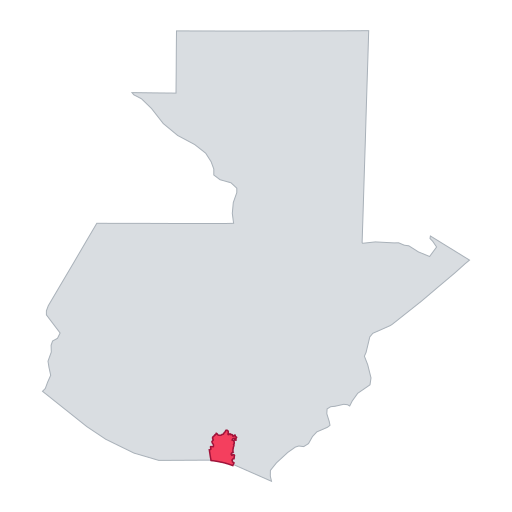 Taxisco, Santa Rosa, Guatemala shown in context
{"feature_id": "79465075B64159565485617", "entity_name": "Taxisco", "entity_type": "district", "adm_level": 2, "iso_a3": "GTM", "parent_name": "Guatemala", "parent_adm1": "Santa Rosa", "projection": "orthographic", "projection_center": [-90.543, 14.04], "detail": "fine", "context": "in_parent", "style": "filled", "palette": "rose", "viewbox_px": 512, "rotation_deg": 0, "n_neighbors": 0, "source": "geoboundaries", "source_scale": "gbopen_adm2", "svg_char_len": 5235}
<svg xmlns="http://www.w3.org/2000/svg" viewBox="0 0 512 512"><path d="M42.5,391.3L45.3,388.5L47.7,382.0L50.7,375.3L49.0,367.5L48.0,361.2L51.3,352.1L51.1,345.2L52.6,341.0L57.5,338.3L60.1,333.0L46.4,314.9L46.4,310.8L48.3,305.7L59.6,286.5L73.1,263.7L87.9,238.4L96.8,223.3L128.9,223.4L150.1,223.4L177.1,223.5L206.4,223.5L225.7,223.5L233.6,223.3L232.3,213.4L233.3,202.5L236.8,192.6L236.8,188.2L231.0,182.8L220.0,179.7L213.8,175.0L213.8,169.0L211.1,161.7L205.7,153.2L194.6,144.5L177.7,135.5L163.3,123.6L151.5,108.5L141.5,98.8L133.8,94.8L132.0,92.6L154.6,92.9L176.0,93.1L176.2,71.6L176.3,52.5L176.5,30.9L215.1,31.0L261.2,31.0L309.0,30.9L346.6,30.8L368.7,30.7L367.9,57.5L366.9,88.5L366.2,111.2L365.3,141.7L364.3,172.8L363.0,215.2L362.1,242.6L362.6,243.3L375.3,241.9L394.0,242.9L398.6,242.8L404.3,245.2L408.8,245.8L418.4,251.9L429.6,256.5L436.6,247.0L432.8,241.4L430.0,238.5L430.4,236.0L469.5,260.1L464.9,263.9L455.1,272.7L437.3,287.7L421.4,301.2L406.0,313.4L392.1,324.4L390.4,325.5L372.8,333.3L369.8,336.9L366.1,352.3L364.4,356.2L367.7,364.7L371.0,377.9L370.0,384.8L357.7,393.3L352.2,401.0L349.7,406.0L347.5,404.7L343.7,404.3L334.9,406.3L330.7,406.7L327.1,408.9L326.8,413.7L329.2,421.4L330.0,425.3L327.6,427.2L316.8,431.9L312.5,436.5L308.5,443.6L303.7,446.6L298.8,446.0L295.3,447.1L287.8,452.4L276.5,462.8L270.4,470.4L270.3,476.1L271.5,481.3L230.3,463.2L216.6,460.1L158.8,460.4L134.0,453.1L105.8,439.3L86.8,426.6L42.5,391.3Z" fill="#d9dde1" stroke="#a8b0b8" stroke-width="1"/><path d="M209.3,449.8L209.4,450.4L209.5,450.8L209.5,451.2L209.6,451.9L209.6,452.0L209.7,452.3L210.5,457.6L210.7,458.5L210.8,459.2L210.9,459.7L211.0,460.5L211.4,460.6L212.5,460.7L213.0,460.7L213.7,460.8L214.3,460.9L214.9,461.0L215.4,461.1L216.1,461.2L217.3,461.4L217.8,461.5L218.4,461.6L218.9,461.7L219.5,461.8L219.9,461.9L220.1,462.0L220.6,462.1L221.0,462.1L221.6,462.2L221.8,462.3L222.2,462.4L222.7,462.4L222.9,462.5L224.0,462.8L224.3,462.8L224.6,462.9L225.1,463.1L225.5,463.2L226.2,463.4L226.8,463.6L227.1,463.7L227.6,463.8L228.3,464.0L228.8,464.2L229.3,464.3L229.5,464.4L229.9,464.6L230.5,464.7L230.7,464.8L230.9,464.9L231.0,464.9L231.1,465.0L231.7,465.2L232.0,465.3L232.4,465.4L232.8,465.6L232.9,465.4L233.0,465.1L233.3,464.4L233.8,463.4L233.9,463.2L234.0,463.0L234.0,462.8L233.8,462.6L233.5,462.5L233.4,462.4L232.9,462.2L232.6,462.0L232.5,461.9L232.5,461.7L232.3,460.8L232.3,460.4L232.0,460.2L232.1,459.9L232.3,459.6L232.7,459.1L232.8,459.1L233.1,458.9L233.3,458.8L233.5,458.8L233.7,458.7L233.9,458.7L234.0,458.7L234.1,458.0L234.2,457.9L234.2,457.4L234.2,457.1L234.3,456.2L234.5,455.8L234.5,455.5L234.4,455.3L234.4,455.2L234.2,454.9L233.7,454.9L233.4,454.7L232.9,454.8L232.7,454.7L232.3,455.0L232.2,455.3L231.9,455.4L231.7,455.3L231.7,455.2L231.3,454.6L231.2,454.5L231.2,454.1L231.3,454.0L231.4,453.4L231.7,453.1L232.0,452.8L232.8,452.6L233.1,452.3L233.2,452.2L232.8,451.9L232.9,451.6L233.0,449.1L233.1,448.8L233.3,448.1L233.3,447.3L233.4,447.1L233.6,446.7L233.8,446.0L234.0,445.1L234.0,444.8L233.9,444.7L233.6,444.4L233.7,444.2L233.8,444.0L234.1,443.7L234.3,443.2L234.2,441.9L233.9,441.7L234.0,440.8L234.0,440.6L232.3,440.2L232.1,440.1L232.2,439.7L232.5,439.2L232.7,438.9L232.8,438.8L233.0,438.6L234.6,438.4L234.8,438.5L234.7,439.2L234.7,439.5L234.7,439.9L234.9,440.0L235.9,440.2L236.0,438.7L236.1,438.2L236.5,437.5L236.6,437.3L235.9,436.7L235.6,436.5L235.5,436.4L235.4,436.3L235.2,436.1L235.0,435.9L235.0,435.7L235.2,435.4L235.2,435.2L234.9,435.0L234.7,435.2L234.6,435.3L234.4,435.5L234.2,435.6L233.6,436.0L233.4,436.0L233.2,436.2L232.9,436.2L232.7,436.0L232.7,435.8L232.8,435.7L232.7,435.1L232.2,434.7L231.8,434.5L231.5,434.5L231.4,434.5L231.1,434.7L230.6,434.6L230.5,434.2L230.3,433.9L229.8,433.9L229.6,433.9L229.2,434.3L229.0,434.5L228.8,434.7L228.2,434.6L228.0,434.3L228.2,434.0L228.2,433.8L228.1,433.7L228.1,433.4L228.3,433.1L228.3,431.6L228.1,431.1L228.0,430.9L227.9,430.8L227.3,430.4L227.1,430.2L226.8,430.2L226.4,430.2L226.1,430.2L225.9,430.3L225.6,430.7L225.5,431.0L225.5,431.4L225.3,431.6L225.1,431.9L224.7,432.1L224.1,432.9L223.8,433.2L223.6,433.8L223.5,434.0L223.4,434.1L223.2,434.2L222.8,434.3L222.1,434.4L221.9,434.6L221.6,434.9L221.3,435.1L220.8,435.2L220.5,435.3L220.0,435.3L219.5,435.3L219.4,435.3L218.4,435.2L218.1,435.0L217.8,434.8L217.3,434.0L217.1,433.8L216.9,433.7L216.7,433.5L216.5,433.4L216.5,433.5L216.4,433.5L216.2,433.5L216.0,433.8L215.9,434.0L215.9,434.3L215.7,434.4L215.6,434.5L215.4,434.5L215.2,434.6L215.2,434.8L215.1,435.0L214.9,435.2L214.7,435.2L214.7,435.3L214.4,435.5L214.2,435.7L214.2,435.8L214.0,436.0L213.9,436.1L213.7,436.2L213.6,436.3L213.4,436.5L213.2,436.6L213.0,436.8L212.9,437.0L212.7,437.2L212.6,437.3L212.7,437.5L212.8,437.8L212.7,438.0L212.6,438.3L212.6,438.5L212.8,438.7L212.8,438.8L212.9,439.0L212.8,439.3L212.9,439.5L213.0,439.5L213.2,439.8L213.3,439.9L213.3,440.0L213.2,440.1L213.0,440.3L212.9,440.4L212.8,440.5L212.7,440.6L212.6,440.8L212.4,441.0L212.2,441.2L211.9,441.6L212.2,442.8L212.4,443.1L212.9,443.8L213.3,444.4L213.3,444.5L213.5,445.0L213.5,445.5L213.4,445.8L213.4,446.6L213.0,446.7L211.2,446.6L210.6,446.6L210.5,446.9L210.6,447.2L210.6,447.7L210.8,448.4L210.9,448.6L210.9,449.1L210.7,449.2L210.4,449.3L210.2,449.6L209.8,449.8L209.3,449.8Z" fill="#f43f5e" stroke="#9f1239" stroke-width="1.5"/></svg>